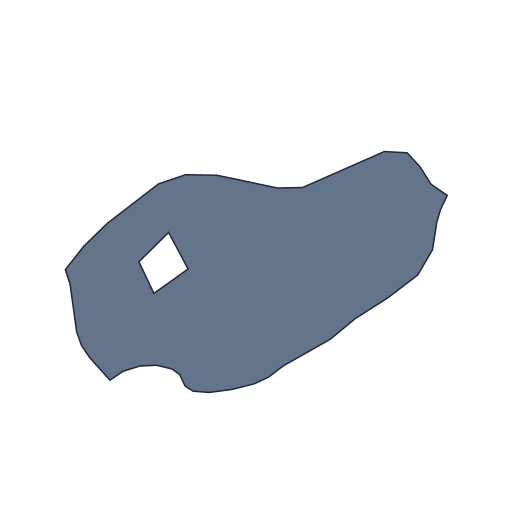 SVG path tracing the border of Benguet, rotated 60°
{"feature_id": "PHL-2559", "entity_name": "Benguet", "entity_type": "Province", "adm_level": 1, "iso_a3": "PHL", "parent_name": "Philippines", "parent_adm1": "", "projection": "mercator", "projection_center": [120.715, 16.554], "detail": "fine", "context": "isolated", "style": "filled", "palette": "slate", "viewbox_px": 512, "rotation_deg": 60, "n_neighbors": 0, "source": "natural_earth", "source_scale": "10m", "svg_char_len": 680}
<svg xmlns="http://www.w3.org/2000/svg" viewBox="0 0 512 512"><g transform="rotate(60 256 256)"><path d="M172.5,427.9L161.4,400.2L153.3,368.1L144.8,304.3L150.4,276.3L166.5,249.5L207.8,203.5L220.0,181.4L229.7,92.6L242.2,73.5L261.0,69.3L281.5,68.5L299.2,60.1L307.9,72.8L317.0,82.4L338.8,100.0L353.3,125.4L358.1,162.2L359.8,201.2L365.2,233.0L364.8,287.3L367.2,305.7L365.8,321.5L359.5,343.7L350.7,364.9L341.6,378.1L333.2,382.4L320.6,381.4L312.0,385.1L300.9,396.7L293.1,412.0L289.4,428.7L290.5,444.6L261.0,450.8L246.4,451.9L231.9,449.2L187.7,431.2L172.5,427.9ZM237.3,363.1L233.3,321.3L191.9,319.9L202.5,360.3L237.3,363.1Z" fill="#64748b" stroke="#1e293b" stroke-width="1.5"/></g></svg>